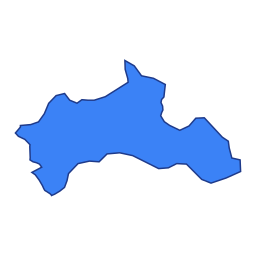 the District of Rîşcani
{"feature_id": "MDA-1617", "entity_name": "Rîşcani", "entity_type": "District", "adm_level": 1, "iso_a3": "MDA", "parent_name": "Moldova", "parent_adm1": "", "projection": "equal_earth", "projection_center": [27.482, 47.936], "detail": "fine", "context": "isolated", "style": "filled", "palette": "blue", "viewbox_px": 256, "rotation_deg": 0, "n_neighbors": 0, "source": "natural_earth", "source_scale": "10m", "svg_char_len": 1047}
<svg xmlns="http://www.w3.org/2000/svg" viewBox="0 0 256 256"><path d="M51.5,195.5L51.3,194.9L49.9,193.6L44.8,190.4L43.8,188.7L42.4,185.6L39.2,180.1L35.3,174.8L31.9,172.4L41.7,167.2L39.5,164.1L36.4,162.7L33.0,161.8L30.0,159.9L30.2,157.7L29.8,146.4L30.0,144.7L24.9,139.4L18.4,136.3L15.4,133.0L20.4,127.1L20.4,125.5L22.6,125.3L30.7,124.6L38.5,121.9L44.3,113.8L48.7,103.3L56.1,95.6L64.6,93.5L69.7,100.2L77.0,103.2L81.9,99.7L87.9,100.2L94.2,100.2L105.3,96.7L128.1,82.3L127.8,78.7L125.2,69.4L124.9,60.5L134.3,65.9L141.5,75.8L153.5,78.3L165.3,84.5L163.9,97.0L161.6,99.5L161.0,102.6L162.6,106.1L162.9,110.0L161.7,112.5L160.7,115.8L164.3,121.7L169.6,125.4L179.8,130.3L189.0,126.0L195.8,118.2L204.3,117.8L222.3,137.2L228.3,141.2L229.2,147.9L231.8,158.0L240.1,159.9L240.6,171.5L226.1,178.0L211.0,183.1L201.7,179.4L186.5,164.1L176.7,163.6L168.4,167.8L158.7,168.6L132.7,155.6L119.7,152.8L107.1,153.9L99.1,161.8L89.5,161.1L78.0,163.6L68.5,173.6L67.0,180.7L64.5,187.4L59.8,191.1L54.6,194.2L51.5,195.5Z" fill="#3b82f6" stroke="#1e3a8a" stroke-width="1.5"/></svg>